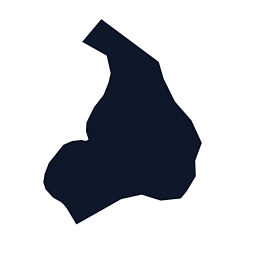 an SVG outline of Vuzenica, rotated 189°
{"feature_id": "SVN-1005", "entity_name": "Vuzenica", "entity_type": "Municipality", "adm_level": 1, "iso_a3": "SVN", "parent_name": "Slovenia", "parent_adm1": "", "projection": "orthographic", "projection_center": [15.169, 46.568], "detail": "fine", "context": "isolated", "style": "filled", "palette": "ink", "viewbox_px": 256, "rotation_deg": 189, "n_neighbors": 0, "source": "natural_earth", "source_scale": "10m", "svg_char_len": 579}
<svg xmlns="http://www.w3.org/2000/svg" viewBox="0 0 256 256"><g transform="rotate(189 128 128)"><path d="M163.8,25.7L175.3,39.5L179.5,43.3L182.7,45.2L190.8,48.2L199.2,55.0L202.4,61.3L202.4,69.7L200.0,80.8L188.7,100.7L180.8,105.7L172.1,108.1L167.2,107.9L164.2,110.1L168.3,118.4L169.1,127.0L164.0,143.1L156.6,156.5L153.6,169.7L152.9,179.6L159.8,196.8L185.6,206.3L171.1,230.3L108.5,197.5L101.2,181.9L86.3,160.9L67.1,144.9L53.6,124.6L57.3,106.2L54.3,91.1L60.9,74.8L65.4,67.3L84.4,62.2L104.3,65.1L123.9,57.4L163.8,25.7Z" fill="#0f172a" stroke="#020617" stroke-width="1.5"/></g></svg>